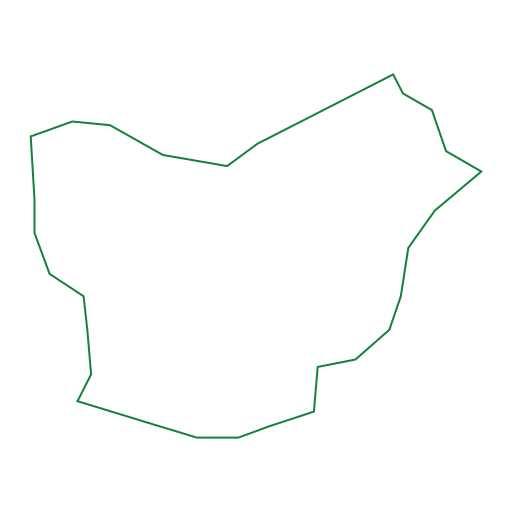 Uijeongbu-si, Gyeonggi, South Korea
{"feature_id": "91817680B6871011244235", "entity_name": "Uijeongbu-si", "entity_type": "district", "adm_level": 2, "iso_a3": "KOR", "parent_name": "South Korea", "parent_adm1": "Gyeonggi", "projection": "natural_earth1", "projection_center": [127.071, 37.727], "detail": "fine", "context": "isolated", "style": "outline", "palette": "green", "viewbox_px": 512, "rotation_deg": 0, "n_neighbors": 0, "source": "geoboundaries", "source_scale": "gbopen_adm2", "svg_char_len": 487}
<svg xmlns="http://www.w3.org/2000/svg" viewBox="0 0 512 512"><path d="M393.2,74.4L257.3,143.8L227.1,166.1L162.9,155.0L110.0,125.2L72.3,121.5L30.7,136.4L34.5,199.6L34.5,233.0L49.6,273.9L83.6,296.3L87.3,329.7L91.1,374.4L77.5,401.2L147.7,422.7L196.8,437.6L238.4,437.6L268.6,426.5L312.6,412.0L313.9,411.6L317.7,366.9L355.5,359.5L389.4,329.7L400.8,296.3L408.3,247.9L434.7,210.7L481.3,171.5L446.1,151.2L431.9,110.1L402.9,93.4L393.2,74.4Z" fill="none" stroke="#15803d" stroke-width="2"/></svg>